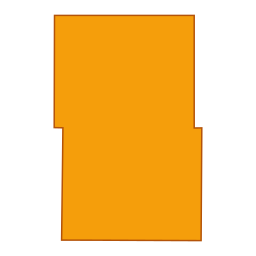 outline of Kidder, North Dakota, United States of America
{"feature_id": "52423323B48688869895164", "entity_name": "Kidder", "entity_type": "district", "adm_level": 2, "iso_a3": "USA", "parent_name": "United States of America", "parent_adm1": "North Dakota", "projection": "mercator", "projection_center": [-99.858, 46.979], "detail": "fine", "context": "isolated", "style": "filled", "palette": "amber", "viewbox_px": 256, "rotation_deg": 0, "n_neighbors": 0, "source": "geoboundaries", "source_scale": "gbopen_adm2", "svg_char_len": 264}
<svg xmlns="http://www.w3.org/2000/svg" viewBox="0 0 256 256"><path d="M72.2,15.4L54.5,15.4L54.2,127.6L62.9,127.8L62.6,156.0L61.6,240.1L98.2,240.2L201.1,240.6L201.8,127.9L194.2,128.0L194.2,15.4L72.2,15.4Z" fill="#f59e0b" stroke="#b45309" stroke-width="1.5"/></svg>